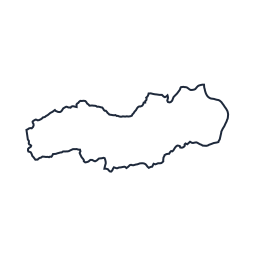 Cafelândia, São Paulo, Brazil (Robinson projection), rotated 35°
{"feature_id": "56859067B56481276286915", "entity_name": "Cafelândia", "entity_type": "district", "adm_level": 2, "iso_a3": "BRA", "parent_name": "Brazil", "parent_adm1": "São Paulo", "projection": "robinson", "projection_center": [-49.562, -21.732], "detail": "fine", "context": "isolated", "style": "outline", "palette": "slate", "viewbox_px": 256, "rotation_deg": 35, "n_neighbors": 0, "source": "geoboundaries", "source_scale": "gbopen_adm2", "svg_char_len": 4520}
<svg xmlns="http://www.w3.org/2000/svg" viewBox="0 0 256 256"><g transform="rotate(35 128 128)"><path d="M209.7,84.8L208.8,82.6L208.1,80.9L207.3,78.9L206.5,77.3L206.3,76.0L206.0,74.1L205.9,72.1L205.8,70.9L205.5,69.5L205.2,67.7L205.0,66.1L204.5,64.6L204.3,63.3L203.8,62.2L202.9,60.6L202.2,59.4L200.6,57.8L199.7,57.1L198.9,56.7L197.2,55.9L195.1,55.2L192.9,54.3L191.9,54.0L189.6,53.2L187.4,53.0L186.1,53.2L184.4,54.0L183.3,54.4L181.7,54.9L179.2,56.2L178.2,56.5L176.8,56.6L175.5,56.5L174.1,56.1L172.5,55.3L171.4,54.6L169.6,53.2L168.6,52.2L167.4,51.3L166.7,50.5L165.4,48.9L164.0,49.9L162.8,51.2L161.7,52.6L161.2,53.7L161.0,55.1L160.9,56.4L160.8,57.5L160.2,58.5L159.2,59.6L157.7,60.8L156.4,61.1L154.8,61.0L153.0,61.0L151.9,61.4L151.0,62.0L149.8,62.5L148.9,63.3L148.0,64.1L148.0,65.3L148.5,66.6L148.5,68.5L148.4,71.7L148.1,73.4L147.8,75.1L147.6,76.6L148.1,78.7L148.5,80.3L148.1,82.3L147.3,83.2L145.9,83.8L144.5,83.1L143.9,81.5L143.5,80.4L142.4,79.2L141.6,78.6L141.2,80.5L140.5,81.6L139.1,81.8L138.1,81.6L136.8,81.4L135.6,82.2L134.8,82.8L133.8,83.3L132.2,84.1L130.8,84.9L129.3,85.6L126.7,86.6L125.9,87.3L125.1,87.9L125.6,89.2L125.9,91.1L125.5,92.7L126.5,93.4L127.0,94.7L126.7,96.2L127.5,97.3L126.3,98.2L126.8,99.8L126.9,101.5L125.9,103.2L124.8,103.9L124.2,105.2L124.1,106.6L124.3,108.8L124.0,110.9L124.1,112.8L123.8,114.4L124.1,115.6L123.4,116.8L122.6,117.6L121.6,118.5L120.3,119.1L119.5,120.0L118.4,120.7L117.1,121.4L116.4,122.3L115.6,122.9L114.4,123.5L112.7,123.9L111.8,124.6L110.3,124.6L109.5,125.4L108.4,126.1L106.8,126.8L105.7,127.4L104.8,127.7L103.8,127.4L102.7,127.4L101.5,126.9L99.9,126.6L99.0,127.2L97.9,127.1L96.5,126.4L95.2,126.0L94.1,126.5L92.9,126.9L91.5,127.5L90.5,128.3L89.4,128.3L88.4,128.6L87.3,129.3L85.6,130.2L84.5,131.1L83.6,131.8L82.2,131.4L80.5,131.4L79.0,130.7L77.6,130.4L76.1,131.1L75.3,131.8L74.5,132.5L73.4,133.1L72.9,134.6L72.9,135.9L72.4,136.9L72.3,138.2L73.9,140.3L72.5,140.9L71.3,141.3L70.3,141.8L69.4,142.9L69.3,144.3L68.2,144.8L67.3,145.4L66.1,145.6L65.2,146.0L64.5,147.3L63.7,149.1L63.8,150.9L63.8,152.5L63.3,153.7L62.5,154.4L61.3,155.0L60.3,155.2L58.9,155.5L57.8,155.2L57.3,156.7L56.9,158.0L56.3,159.1L55.7,160.3L55.2,162.2L54.8,163.6L54.0,165.1L53.7,166.4L52.9,167.5L52.2,168.2L52.1,169.4L51.6,170.8L50.5,172.7L49.5,173.6L48.3,173.7L47.4,174.2L46.9,175.3L46.4,176.3L46.2,177.5L46.9,178.3L48.3,178.9L49.2,180.0L49.6,181.5L49.3,183.5L48.0,184.1L47.1,185.2L46.7,186.4L45.9,187.8L52.6,194.9L54.0,195.3L54.9,196.3L55.5,197.5L56.5,198.1L57.9,197.8L58.9,198.1L59.1,199.3L58.3,201.2L58.1,202.4L58.9,203.7L59.9,204.4L61.3,203.9L62.3,203.7L63.3,204.2L64.2,204.7L65.7,205.8L67.3,206.1L68.8,206.6L70.3,207.1L71.3,206.3L72.1,205.7L72.3,204.4L72.8,203.2L73.7,202.2L74.3,200.5L75.8,199.6L77.4,198.8L78.8,197.7L80.1,197.2L80.6,196.1L81.8,195.5L81.8,194.0L81.5,192.4L83.8,190.5L84.7,189.2L85.4,188.4L86.6,186.9L87.7,186.0L88.2,184.6L89.0,183.9L90.0,183.3L90.9,182.5L91.7,182.0L92.8,180.9L93.4,179.7L94.1,178.5L95.1,176.8L96.3,176.0L97.2,175.4L98.0,174.7L99.7,174.2L101.1,173.3L102.4,174.4L102.7,176.2L103.8,176.9L105.4,177.8L106.7,178.5L108.1,178.9L109.0,179.1L110.3,179.7L110.9,180.6L112.7,180.7L113.8,179.6L114.9,178.1L115.1,177.1L115.5,175.7L117.0,174.7L119.0,174.5L120.1,174.2L120.7,173.2L121.2,172.0L121.4,170.9L121.7,169.7L122.7,168.8L124.0,167.7L125.0,166.5L126.1,166.1L127.0,166.7L127.8,167.3L129.2,168.6L130.2,170.0L130.6,171.4L131.1,172.7L131.5,173.8L132.0,174.9L133.2,174.0L135.2,173.3L136.6,173.8L138.3,173.9L139.3,173.2L139.4,171.6L139.1,170.1L139.0,168.3L140.4,167.9L141.5,167.6L142.3,167.1L143.3,165.5L144.7,164.4L146.1,162.9L147.2,161.8L148.2,161.5L149.7,161.7L150.4,159.6L150.8,157.4L151.6,156.4L152.6,156.1L153.8,155.4L155.5,153.3L156.3,152.6L157.0,151.7L158.0,150.2L159.6,148.9L160.7,148.2L161.7,147.8L163.1,147.6L164.4,147.9L166.2,148.5L167.9,148.7L168.8,147.0L170.0,145.8L169.7,144.1L169.5,142.6L171.2,142.1L172.0,141.0L172.9,139.6L174.6,138.4L175.4,137.6L175.9,136.1L176.0,135.0L175.3,134.2L174.0,131.8L173.9,130.3L173.5,129.3L174.4,127.4L175.6,126.2L176.5,125.5L176.3,123.8L176.6,122.1L177.7,121.7L178.0,120.4L177.9,118.8L177.8,117.0L178.0,115.3L178.5,114.1L179.8,113.4L180.9,113.1L181.9,114.0L182.9,113.6L183.9,112.7L184.5,111.6L184.7,110.0L183.8,109.0L184.0,107.7L185.9,107.3L186.7,103.7L188.0,103.6L189.1,103.4L190.0,102.8L191.3,101.4L192.2,100.6L193.3,100.3L195.9,100.1L197.9,99.6L199.2,99.6L200.9,98.6L202.5,97.6L203.5,96.4L204.1,95.1L205.0,93.9L206.1,92.3L206.8,91.2L207.8,90.2L209.0,89.0L210.1,87.7L209.7,86.3L209.7,84.8Z" fill="none" stroke="#1e293b" stroke-width="2"/></g></svg>